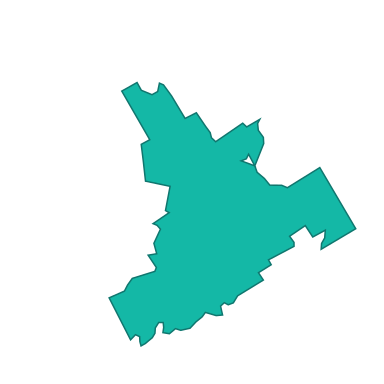 the district of Três Arroios, Rio Grande do Sul, Brazil, rotated 241°
{"feature_id": "56859067B70132107464338", "entity_name": "Três Arroios", "entity_type": "district", "adm_level": 2, "iso_a3": "BRA", "parent_name": "Brazil", "parent_adm1": "Rio Grande do Sul", "projection": "mercator", "projection_center": [-52.186, -27.488], "detail": "fine", "context": "isolated", "style": "filled", "palette": "teal", "viewbox_px": 384, "rotation_deg": 241, "n_neighbors": 0, "source": "geoboundaries", "source_scale": "gbopen_adm2", "svg_char_len": 1300}
<svg xmlns="http://www.w3.org/2000/svg" viewBox="0 0 384 384"><g transform="rotate(241 192 192)"><path d="M79.1,181.6L80.4,211.7L89.2,211.0L90.0,226.0L95.6,226.0L95.0,254.9L98.5,256.8L106.0,255.9L107.7,274.8L94.1,275.8L94.0,290.1L87.5,285.8L84.2,280.4L79.3,277.2L80.1,304.2L80.5,317.4L103.9,316.8L151.4,315.6L149.5,277.5L154.4,273.7L160.2,263.4L168.6,261.9L177.7,258.5L184.4,259.6L199.6,278.2L205.2,280.9L213.8,279.9L220.1,282.6L222.7,286.5L222.4,271.4L227.6,269.7L224.5,237.1L230.0,235.3L235.1,236.7L242.8,235.7L259.2,234.2L259.7,221.6L285.9,220.7L299.5,219.0L303.0,216.3L296.5,210.7L296.5,204.2L305.5,197.0L314.4,197.0L314.3,179.5L258.2,180.4L258.3,170.7L242.7,164.4L224.0,156.6L207.6,175.6L188.6,159.8L185.0,162.0L183.2,142.6L179.8,145.3L174.8,146.4L165.6,133.8L155.1,131.2L158.0,123.0L143.2,124.2L140.6,121.0L145.4,97.9L141.9,90.6L138.1,84.9L139.6,68.2L92.5,66.6L94.6,73.4L90.9,76.1L86.4,73.9L82.1,72.8L82.1,77.8L83.0,82.2L83.8,86.6L86.4,91.1L90.9,94.0L94.0,99.6L91.8,103.5L87.3,101.6L83.1,98.4L79.0,103.5L80.5,111.3L76.5,115.1L73.8,124.2L76.5,132.6L77.9,140.4L80.2,145.3L76.1,149.4L72.2,153.2L69.6,159.1L73.8,160.3L78.4,161.7L79.5,166.6L75.8,169.0L75.0,174.4L79.1,181.6ZM184.4,259.6L195.4,250.1L194.7,255.6L197.6,259.8L184.4,259.6Z" fill="#14b8a6" stroke="#0f766e" stroke-width="1.5"/></g></svg>